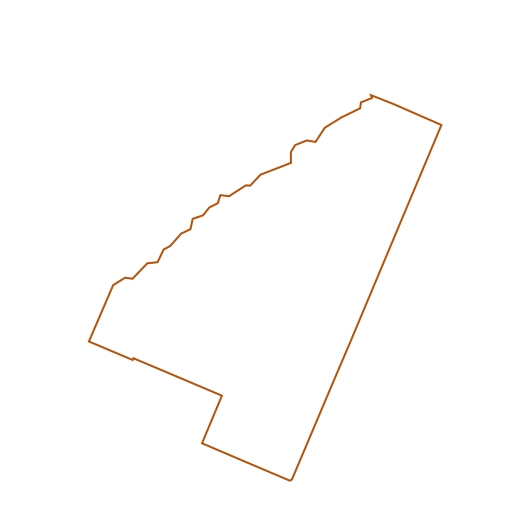 Renville, Minnesota, United States of America (Mercator projection), rotated 113°
{"feature_id": "52423323B30045051318693", "entity_name": "Renville", "entity_type": "district", "adm_level": 2, "iso_a3": "USA", "parent_name": "United States of America", "parent_adm1": "Minnesota", "projection": "mercator", "projection_center": [-95.036, 44.674], "detail": "fine", "context": "isolated", "style": "outline", "palette": "amber", "viewbox_px": 512, "rotation_deg": 113, "n_neighbors": 0, "source": "geoboundaries", "source_scale": "gbopen_adm2", "svg_char_len": 687}
<svg xmlns="http://www.w3.org/2000/svg" viewBox="0 0 512 512"><g transform="rotate(113 256 256)"><path d="M154.9,136.2L63.0,136.5L62.4,188.6L63.0,213.0L65.2,211.0L73.6,219.4L79.4,217.9L95.0,231.5L111.1,242.8L127.8,245.8L129.8,254.4L138.6,263.3L146.9,264.5L156.6,260.2L179.3,283.6L193.4,288.8L195.0,293.0L206.6,300.9L211.5,304.1L213.9,312.6L222.3,311.8L229.5,317.9L239.3,320.7L246.5,328.8L256.9,326.8L264.6,333.6L280.3,338.9L286.1,343.5L300.2,344.2L305.2,353.2L325.2,360.8L327.1,368.0L338.6,376.1L400.0,376.4L399.9,328.9L398.0,328.9L397.9,232.8L449.5,232.5L449.6,183.9L449.6,137.1L447.8,135.6L347.4,135.7L297.8,135.6L154.9,136.2Z" fill="none" stroke="#b45309" stroke-width="2"/></g></svg>